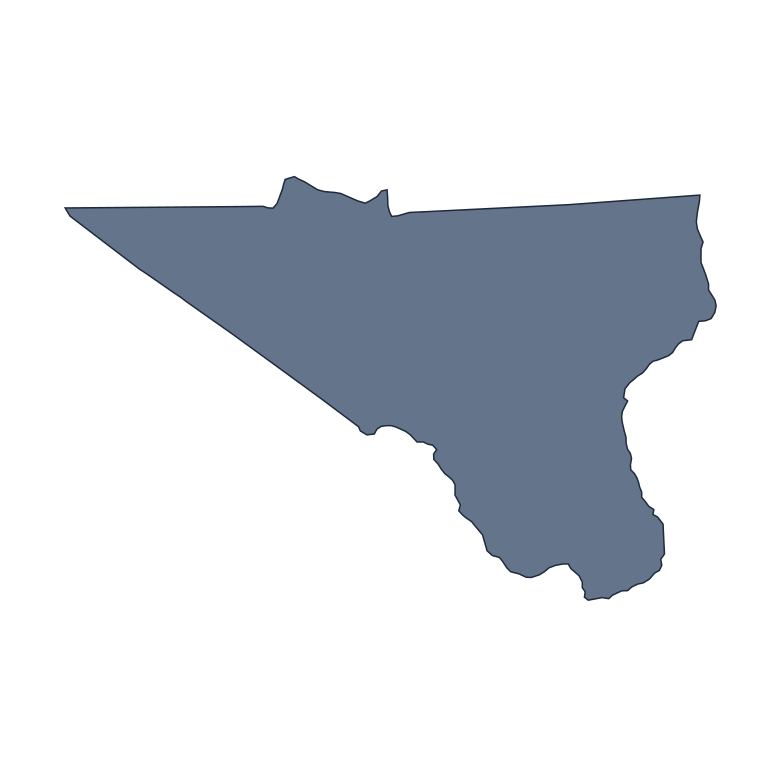 Capanema, Pará, Brazil (Albers equal-area conic projection), rotated 93°
{"feature_id": "56859067B17880522908499", "entity_name": "Capanema", "entity_type": "district", "adm_level": 2, "iso_a3": "BRA", "parent_name": "Brazil", "parent_adm1": "Pará", "projection": "albers", "projection_center": [-47.084, -1.188], "detail": "fine", "context": "isolated", "style": "filled", "palette": "slate", "viewbox_px": 768, "rotation_deg": 93, "n_neighbors": 0, "source": "geoboundaries", "source_scale": "gbopen_adm2", "svg_char_len": 2274}
<svg xmlns="http://www.w3.org/2000/svg" viewBox="0 0 768 768"><g transform="rotate(93 384 384)"><path d="M224.9,711.6L232.8,706.3L282.1,634.2L285.9,627.6L304.3,598.0L308.6,590.7L312.2,585.5L342.0,538.1L373.4,489.8L402.1,445.8L428.0,407.2L432.2,405.1L435.7,398.4L434.4,391.0L429.6,388.8L426.5,384.7L425.5,379.5L425.2,374.6L426.3,369.9L430.1,360.1L433.2,355.3L440.2,347.9L439.8,341.7L441.8,337.1L442.6,332.1L446.7,328.0L451.3,330.8L456.7,330.3L461.0,325.9L466.3,322.1L470.4,318.5L473.3,314.4L476.6,310.4L480.9,307.8L485.8,307.5L491.1,307.3L500.8,301.4L506.7,302.7L511.0,298.3L514.0,294.1L516.8,289.4L525.8,281.2L529.5,277.7L545.2,272.3L549.6,266.9L551.2,259.6L554.9,256.3L561.3,251.6L564.9,247.6L566.5,239.4L569.5,232.0L569.5,226.8L566.4,218.8L562.9,213.8L559.0,209.7L556.2,203.4L554.4,196.0L554.1,190.6L558.7,187.6L561.6,183.8L565.2,179.2L571.5,175.6L577.1,175.3L581.0,172.2L586.4,172.7L589.2,168.7L587.7,162.5L585.9,155.1L586.6,148.3L583.1,145.0L580.7,140.6L578.1,135.7L577.6,129.9L573.8,126.1L570.6,120.4L569.0,114.6L564.9,108.7L558.7,103.9L555.7,99.2L550.4,97.1L544.5,98.5L539.1,95.0L529.4,96.0L523.3,96.6L509.3,98.0L502.4,103.9L500.3,108.5L495.2,108.0L492.4,113.1L487.5,117.1L483.7,120.7L478.4,121.0L473.6,123.3L469.1,124.6L464.3,126.6L460.4,129.2L456.7,133.1L451.8,133.7L445.4,132.9L440.3,134.4L436.5,137.3L430.6,139.1L424.2,139.6L419.1,141.4L409.4,144.2L404.0,145.0L399.0,144.5L393.8,142.4L388.2,139.8L385.2,144.0L376.2,143.1L369.8,138.6L366.3,134.7L362.8,131.2L359.6,126.6L355.0,122.8L350.7,120.2L347.2,116.6L345.6,111.6L340.8,101.3L337.4,97.4L333.1,95.2L329.0,92.4L325.2,88.1L323.7,79.1L318.3,77.4L305.0,73.0L304.0,66.1L301.5,60.7L295.3,57.4L288.4,56.4L282.8,58.0L273.0,64.8L267.2,65.1L258.5,68.3L252.2,71.0L246.1,73.8L232.3,74.5L225.4,72.8L219.7,75.8L212.9,79.1L205.9,80.6L197.0,80.1L185.3,78.6L178.8,78.4L195.3,209.3L211.4,367.8L213.6,374.1L215.4,379.2L216.2,385.1L211.9,387.5L205.5,389.5L197.8,390.1L189.9,391.1L191.4,396.6L197.1,400.7L201.7,407.4L204.4,412.2L202.5,419.9L200.1,426.3L196.0,437.2L195.3,443.4L195.0,453.3L193.5,460.5L186.2,474.0L183.9,479.9L181.6,484.2L183.1,488.8L184.9,493.4L189.6,494.7L194.8,495.7L205.0,498.8L209.5,500.3L214.2,504.1L214.2,509.2L212.9,514.0L214.5,539.1L224.9,711.6Z" fill="#64748b" stroke="#1e293b" stroke-width="1.5"/></g></svg>